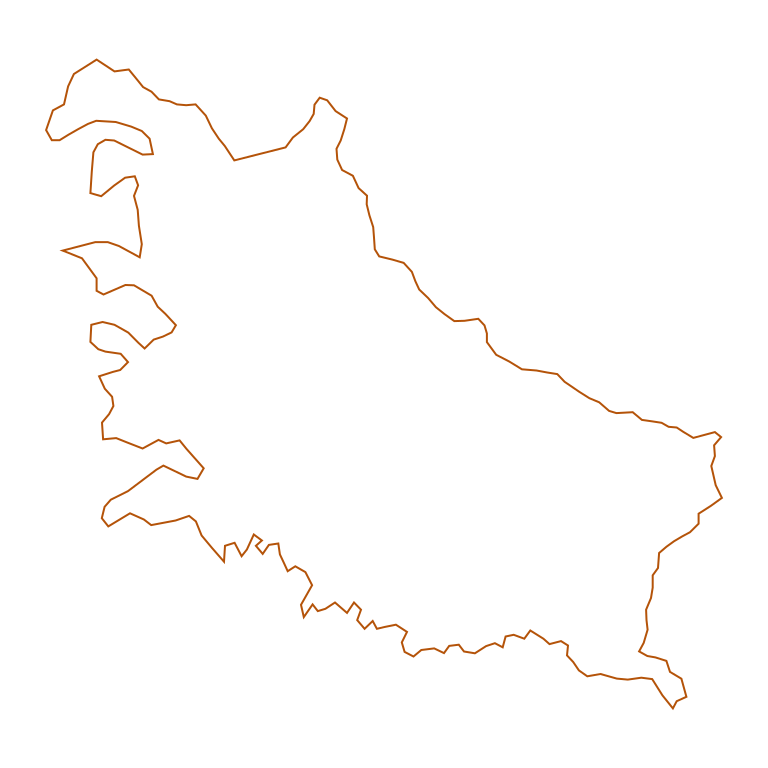 Ampére, Paraná, Brazil
{"feature_id": "56859067B71285319126532", "entity_name": "Ampére", "entity_type": "district", "adm_level": 2, "iso_a3": "BRA", "parent_name": "Brazil", "parent_adm1": "Paraná", "projection": "mercator", "projection_center": [-53.495, -25.908], "detail": "fine", "context": "isolated", "style": "outline", "palette": "amber", "viewbox_px": 768, "rotation_deg": 0, "n_neighbors": 0, "source": "geoboundaries", "source_scale": "gbopen_adm2", "svg_char_len": 3283}
<svg xmlns="http://www.w3.org/2000/svg" viewBox="0 0 768 768"><path d="M128.8,69.5L114.5,71.4L96.6,59.6L73.9,74.0L68.1,86.4L64.0,104.4L52.9,110.4L46.1,130.1L51.8,140.2L59.6,140.2L68.5,134.7L78.1,129.2L88.0,123.9L96.2,120.8L115.8,122.0L131.2,126.6L141.8,131.0L149.6,138.7L152.9,154.1L142.6,154.6L114.2,140.5L105.4,139.8L97.8,144.2L93.4,152.3L91.8,171.4L90.4,193.1L101.2,196.2L114.2,185.5L125.1,177.7L134.8,176.3L138.1,185.3L134.0,195.9L137.7,209.8L138.9,225.7L141.8,244.2L139.7,257.3L118.9,246.0L107.7,242.1L95.4,242.1L62.7,250.6L82.0,258.3L96.6,278.3L96.6,290.8L103.5,294.5L125.4,285.0L134.0,285.3L151.6,295.7L157.7,306.7L165.4,313.9L175.9,325.2L171.6,332.4L162.9,336.6L153.7,339.6L144.6,348.5L138.6,343.0L128.3,332.6L114.5,324.8L102.6,322.0L91.3,324.8L90.4,341.9L98.3,349.2L105.4,351.6L120.7,353.8L128.0,362.1L120.2,370.0L112.9,371.9L99.1,376.3L104.8,388.7L112.1,396.8L113.4,406.0L109.1,414.1L102.0,422.6L103.1,439.3L116.2,438.1L127.2,442.5L142.6,448.5L158.5,439.9L166.2,443.4L179.6,440.4L186.5,448.9L203.7,468.3L197.5,478.9L186.2,476.6L163.4,465.6L156.4,469.7L128.0,491.1L110.8,499.7L104.6,506.8L101.8,518.2L108.3,526.4L130.0,513.3L143.9,519.5L151.2,525.1L175.6,520.5L189.1,515.9L195.9,521.4L201.6,535.5L211.8,547.7L224.0,561.7L225.0,545.8L234.6,542.8L241.6,556.2L246.9,549.5L253.8,534.5L261.9,540.5L255.9,545.8L262.7,553.9L268.9,544.9L278.3,543.5L279.9,554.4L283.8,562.7L287.7,571.2L295.3,566.3L305.4,572.1L312.1,585.2L301.0,604.8L303.8,617.1L312.6,604.4L317.8,611.1L325.4,608.8L335.0,602.5L347.0,612.9L354.0,602.5L361.0,609.7L357.2,620.1L364.6,628.8L372.7,621.0L376.9,628.8L384.5,627.0L395.9,624.7L407.0,631.9L401.8,642.4L404.6,651.9L413.5,656.5L421.3,650.0L434.2,648.4L444.0,653.1L449.2,645.9L458.8,644.7L464.0,651.5L474.9,653.3L486.1,646.1L494.9,643.2L502.7,647.3L505.6,636.5L513.7,634.8L524.3,638.7L530.3,630.5L543.4,638.7L549.5,644.1L561.0,641.1L568.0,645.5L567.0,655.4L573.2,662.0L578.9,670.4L587.3,676.3L600.5,674.0L616.8,678.6L627.8,679.6L641.3,677.7L652.2,679.1L662.4,695.3L672.9,708.4L676.7,701.2L686.4,696.8L681.4,678.7L670.0,671.9L666.4,660.9L655.4,657.4L647.3,656.0L639.1,651.4L643.7,642.9L647.6,629.7L646.5,620.1L646.1,609.7L651.0,598.0L652.7,587.6L652.7,575.3L658.0,568.0L659.1,553.0L666.5,546.7L674.1,541.2L682.2,536.4L690.0,532.2L698.6,523.7L698.6,513.7L710.8,505.9L721.9,497.9L715.7,485.2L711.3,466.0L714.9,456.1L714.1,445.3L721.1,437.1L714.9,432.1L693.3,437.9L683.2,431.8L676.7,427.5L668.6,426.8L661.6,422.8L651.8,421.3L641.9,419.9L632.7,412.2L616.4,413.1L609.1,410.9L599.2,402.3L589.4,398.2L579.4,391.9L564.6,381.8L557.3,374.1L547.2,372.5L536.5,370.5L521.9,369.3L509.2,361.5L496.2,354.8L486.9,342.1L486.9,333.5L484.5,325.4L478.3,318.8L464.5,320.8L454.3,321.1L444.5,314.1L435.9,307.2L428.1,298.0L419.2,289.5L415.4,281.3L411.9,271.9L403.7,262.9L392.4,259.6L379.2,256.4L374.8,249.3L374.0,237.5L373.2,227.1L369.4,215.3L366.7,204.3L367.0,195.7L358.6,188.1L352.9,175.8L342.1,170.0L337.3,159.6L336.5,148.8L340.7,140.5L344.3,129.2L347.0,118.5L335.6,111.1L327.2,100.3L319.7,97.7L314.5,104.7L313.7,113.9L309.6,121.1L303.2,129.2L292.9,137.5L285.6,147.4L234.3,160.4L224.8,146.0L218.8,138.7L211.9,128.3L205.8,115.6L195.6,104.4L186.2,105.2L176.9,104.4L169.6,101.2L158.9,99.4L151.5,91.7L143.1,87.1L137.3,79.9L128.8,69.5Z" fill="none" stroke="#b45309" stroke-width="2"/></svg>